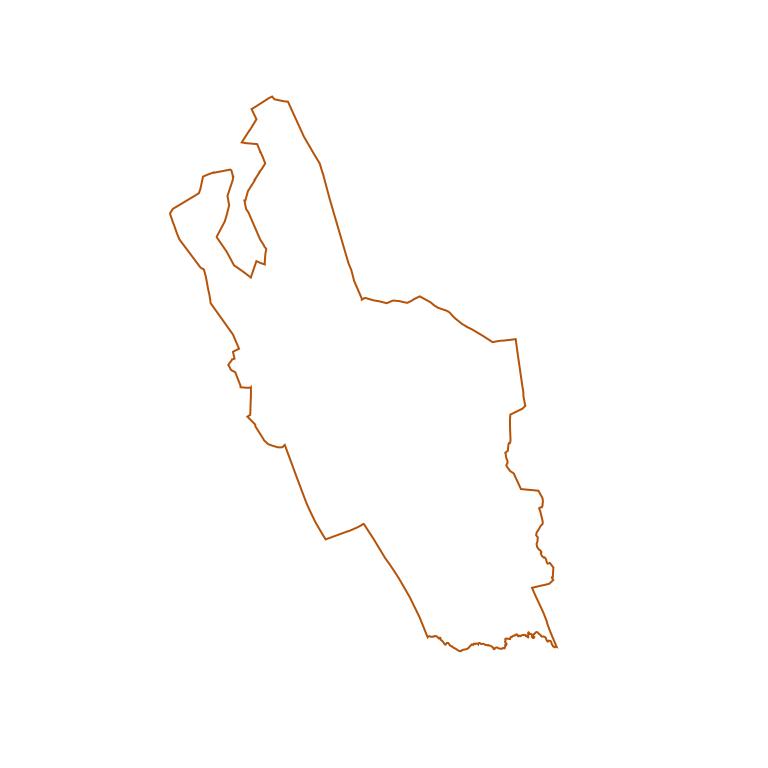 the district of Pušmucovas pag., Ciblas, Latvia, rotated 248°
{"feature_id": "27541924B48710808686616", "entity_name": "Pušmucovas pag.", "entity_type": "district", "adm_level": 2, "iso_a3": "LVA", "parent_name": "Latvia", "parent_adm1": "Ciblas", "projection": "robinson", "projection_center": [27.687, 56.641], "detail": "fine", "context": "isolated", "style": "outline", "palette": "amber", "viewbox_px": 768, "rotation_deg": 248, "n_neighbors": 0, "source": "geoboundaries", "source_scale": "gbopen_adm2", "svg_char_len": 5991}
<svg xmlns="http://www.w3.org/2000/svg" viewBox="0 0 768 768"><g transform="rotate(248 384 384)"><path d="M688.5,364.2L677.2,364.9L669.6,354.6L669.6,354.3L661.3,342.6L659.0,346.2L657.5,349.3L653.9,356.3L646.6,356.3L645.9,356.2L645.4,356.0L645.2,356.1L645.2,356.4L640.3,356.6L633.0,356.5L629.4,351.6L627.7,348.8L627.8,348.7L626.8,347.3L626.5,347.4L622.3,341.3L622.1,340.8L621.7,341.0L617.6,335.5L617.7,335.3L615.6,332.7L614.2,330.6L613.8,330.1L606.1,324.2L605.9,323.9L606.3,323.3L598.0,321.7L593.6,322.6L564.4,323.3L557.5,324.6L556.6,324.5L553.3,325.4L548.8,322.6L541.9,319.2L539.5,318.2L543.1,314.2L545.7,311.7L532.6,300.4L538.1,297.2L547.6,291.2L550.1,289.4L565.6,287.7L582.2,284.0L583.2,284.0L594.3,297.2L598.6,300.7L607.7,307.4L617.0,309.3L629.7,320.1L632.8,322.0L633.2,321.6L634.0,321.9L639.2,322.5L640.4,321.7L643.6,305.3L644.0,305.3L644.2,298.3L644.1,293.9L633.6,286.8L630.3,283.9L629.4,279.0L625.5,253.9L623.5,251.0L622.9,250.2L622.1,249.4L611.5,248.8L611.0,248.9L610.4,248.9L601.2,248.4L594.6,248.5L560.6,257.5L557.7,259.9L550.1,259.0L536.5,256.2L535.3,256.1L530.9,255.3L528.8,254.7L528.2,254.7L524.0,253.5L486.4,262.5L471.0,262.8L470.7,258.3L470.4,256.0L463.5,254.9L463.7,252.2L463.2,251.9L460.5,247.4L459.9,246.7L459.0,247.0L454.3,247.4L450.8,250.4L450.4,250.5L436.3,250.3L434.7,249.8L431.7,255.8L431.0,257.9L430.7,259.1L430.8,259.3L425.6,257.3L421.6,255.6L421.4,255.6L420.4,255.0L407.0,249.1L405.4,248.3L405.4,248.0L404.9,245.1L394.9,249.3L394.4,249.4L393.3,249.0L392.8,248.9L378.5,251.5L376.8,251.7L376.4,251.8L371.6,254.1L371.3,254.4L368.3,257.8L365.1,261.8L363.5,265.7L363.6,266.5L364.7,269.2L328.3,268.1L303.4,267.5L295.9,267.7L283.8,268.5L280.4,268.8L268.0,270.6L261.8,271.7L261.0,295.3L260.8,295.8L261.0,305.2L261.5,309.8L262.0,312.5L261.9,312.8L261.6,312.9L244.2,316.3L221.9,319.9L215.4,321.5L207.2,323.3L198.1,325.0L176.9,328.0L154.6,329.6L132.9,329.6L133.3,330.4L133.2,331.7L133.0,332.0L132.3,332.4L131.9,333.3L131.4,334.2L131.4,335.8L131.0,336.4L131.3,336.9L130.9,337.4L130.6,338.0L130.3,338.3L127.5,339.6L127.5,340.0L127.9,340.5L127.8,340.9L127.3,341.2L126.1,340.8L125.7,340.7L124.0,341.7L122.4,342.3L120.0,342.7L119.6,343.0L119.3,343.5L119.4,343.8L120.0,344.6L120.3,345.3L120.1,346.1L119.9,346.5L119.5,346.7L117.3,347.1L116.3,347.5L115.2,348.9L114.6,348.9L113.3,349.9L112.9,350.0L112.6,350.5L110.8,351.9L109.3,352.8L108.0,354.1L107.9,354.7L107.5,355.3L107.5,355.5L107.9,356.1L108.0,357.2L107.9,358.1L107.3,360.7L107.3,361.7L107.5,363.0L107.7,363.8L108.5,364.9L108.9,366.2L109.7,367.7L109.6,367.9L108.9,368.5L108.7,368.8L108.7,369.0L109.3,369.5L109.5,370.0L109.5,370.3L108.8,370.9L108.7,371.1L109.0,371.6L108.9,372.2L108.3,373.0L108.2,373.5L107.4,373.8L108.0,374.2L108.2,375.0L108.1,375.5L107.6,376.0L106.5,376.6L106.4,377.1L106.1,378.5L105.4,379.3L103.9,380.5L103.5,381.5L103.0,381.9L103.0,382.5L102.9,382.9L102.6,382.9L101.5,384.3L101.3,384.7L100.2,385.6L98.6,386.4L98.3,386.5L97.5,386.3L96.8,387.1L97.5,387.8L97.7,389.5L97.4,390.0L95.6,391.7L94.8,393.1L94.4,394.1L94.4,394.5L94.8,395.3L93.8,396.5L93.8,396.8L95.1,398.1L96.6,398.5L96.8,398.8L96.3,399.6L97.1,400.3L97.4,400.3L99.2,399.6L99.8,399.6L100.5,400.6L101.3,400.8L101.9,400.8L102.2,401.0L102.3,401.5L101.9,402.7L100.3,405.2L100.3,405.4L101.4,406.1L101.8,406.6L102.0,407.2L101.6,407.7L101.6,407.9L102.1,409.5L101.9,410.6L102.1,411.2L101.8,411.6L102.3,412.8L102.0,413.5L101.6,413.8L100.5,413.6L99.8,414.0L99.6,414.4L99.9,414.9L99.9,415.1L99.7,415.6L99.1,416.1L99.1,416.6L99.4,417.1L99.4,418.1L98.7,420.5L98.3,421.0L98.0,421.2L97.4,421.1L97.5,421.7L97.4,421.8L96.6,422.0L95.1,422.7L95.3,423.0L96.5,423.4L97.5,424.0L99.0,424.2L99.6,424.9L99.6,425.1L99.3,425.2L98.6,425.2L98.0,425.4L97.6,425.7L97.3,426.6L96.8,427.0L96.3,427.0L95.8,427.2L94.3,426.6L93.9,426.5L92.8,426.9L92.6,427.1L92.5,427.5L92.6,428.1L93.2,428.6L94.0,428.0L94.4,427.8L95.0,427.8L95.4,428.0L95.4,428.4L95.9,429.1L95.8,429.7L96.5,430.8L96.8,431.5L96.9,432.3L96.8,432.7L96.1,433.4L94.1,434.2L92.5,435.2L91.3,435.3L90.7,435.7L90.4,436.2L90.4,436.8L89.7,437.9L89.1,438.5L87.8,438.9L85.0,438.8L84.0,439.2L83.8,439.4L83.8,439.6L84.3,440.0L84.4,440.4L83.4,442.1L81.9,442.4L79.8,442.1L78.6,442.5L77.6,442.4L77.1,442.6L76.9,442.8L76.8,443.1L75.8,443.9L75.9,444.2L76.2,444.5L76.2,444.8L76.1,445.1L75.6,445.6L87.3,445.4L95.0,445.4L101.7,445.7L102.5,446.0L112.4,446.1L124.3,445.5L131.0,445.1L139.6,444.9L138.3,453.3L138.3,453.8L137.6,457.2L136.9,462.3L137.6,464.3L138.7,467.2L139.0,467.6L139.7,467.3L141.4,467.1L141.9,467.4L141.8,468.2L150.4,472.3L156.0,470.7L156.1,468.5L156.2,468.4L157.4,468.0L160.7,468.6L163.1,468.0L163.2,467.1L165.6,465.9L168.5,466.0L169.1,467.0L171.1,466.6L171.8,465.9L175.4,464.9L177.2,465.3L178.5,465.5L180.4,467.2L183.9,469.0L184.2,469.1L186.9,468.4L189.1,469.9L191.6,473.5L193.6,475.8L194.9,478.7L196.6,479.5L197.5,479.7L206.6,481.1L208.1,481.2L210.6,481.2L210.8,481.5L211.0,483.0L210.5,484.2L212.2,485.7L213.0,485.8L215.0,487.1L216.5,487.6L218.7,488.2L227.2,487.2L235.3,471.6L252.5,470.8L256.1,468.3L259.9,467.3L262.6,466.9L263.1,467.2L264.9,469.2L267.0,469.7L269.6,469.6L273.5,470.6L274.8,470.7L275.7,473.8L280.0,476.0L282.3,477.5L282.1,478.8L284.6,480.3L289.4,482.0L297.6,485.0L303.9,487.5L308.3,489.7L309.3,503.3L310.9,506.9L311.8,507.0L320.1,508.6L324.4,510.2L330.7,511.6L364.9,520.0L376.3,522.9L377.7,517.4L379.1,512.4L379.5,510.9L380.2,509.1L381.3,504.6L382.1,500.4L392.0,493.4L401.6,486.1L404.0,484.0L406.0,482.1L406.3,482.1L410.5,478.8L418.1,474.6L420.7,473.4L425.4,471.7L426.4,471.2L428.5,469.5L433.6,463.6L434.3,462.7L434.9,462.4L437.7,460.2L442.6,457.6L451.9,449.9L451.4,443.4L450.9,441.1L450.5,436.1L451.9,433.8L454.9,429.6L458.0,423.7L457.9,416.8L462.5,410.5L465.3,405.9L470.6,399.2L471.0,398.1L470.7,396.8L470.5,395.0L471.4,395.4L491.0,394.9L495.6,395.6L502.3,396.4L509.2,396.3L576.4,403.0L602.0,406.2L602.3,406.2L602.5,406.1L612.8,407.0L623.8,405.2L643.3,402.4L681.8,400.7L683.5,397.3L689.1,389.0L692.4,388.0L692.2,384.3L690.6,376.1L689.0,367.5L688.5,364.2Z" fill="none" stroke="#b45309" stroke-width="2"/></g></svg>